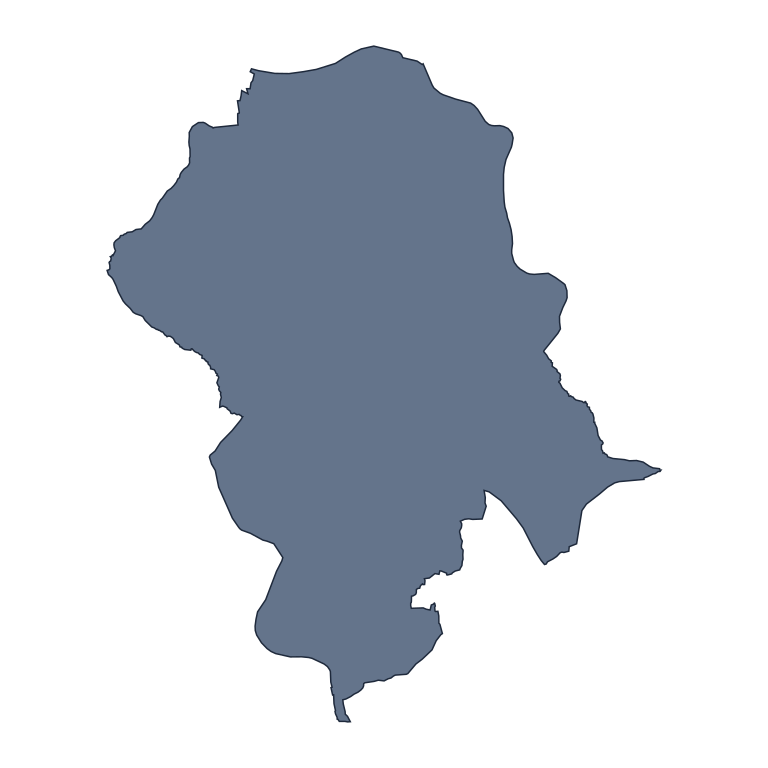 Phra Thong Kham, Nakhon Ratchasima, Thailand (Natural Earth projection)
{"feature_id": "78962969B71557232877153", "entity_name": "Phra Thong Kham", "entity_type": "district", "adm_level": 2, "iso_a3": "THA", "parent_name": "Thailand", "parent_adm1": "Nakhon Ratchasima", "projection": "natural_earth1", "projection_center": [101.984, 15.343], "detail": "fine", "context": "isolated", "style": "filled", "palette": "slate", "viewbox_px": 768, "rotation_deg": 0, "n_neighbors": 0, "source": "geoboundaries", "source_scale": "gbopen_adm2", "svg_char_len": 6088}
<svg xmlns="http://www.w3.org/2000/svg" viewBox="0 0 768 768"><path d="M112.4,255.0L111.5,256.3L110.3,256.6L111.1,257.9L111.1,258.9L110.6,261.1L109.6,261.6L109.1,262.5L109.8,265.3L109.9,268.8L108.9,269.8L107.1,270.4L108.5,274.6L111.8,277.6L113.1,279.4L116.3,286.2L118.3,291.8L123.2,301.1L125.5,303.9L130.2,308.4L133.2,312.3L135.7,313.8L141.0,315.6L142.9,316.7L145.2,320.5L151.8,327.0L154.3,327.9L156.4,329.4L157.7,329.4L158.2,330.1L159.8,330.5L161.5,331.8L162.7,331.9L165.0,335.0L166.0,335.5L167.0,336.7L168.3,336.1L170.2,336.3L171.7,337.2L173.4,338.6L175.4,342.5L179.3,344.9L180.0,346.9L181.7,347.2L182.1,348.1L184.7,349.5L190.8,350.2L191.3,348.8L192.1,348.8L194.5,351.4L196.5,352.5L198.2,352.9L199.6,354.4L202.1,355.4L201.9,358.1L204.3,358.9L205.7,360.9L206.3,360.9L206.8,361.7L208.0,362.1L207.9,362.9L208.5,364.5L209.8,365.3L210.6,367.3L210.6,368.8L214.2,369.7L215.4,371.5L215.9,373.1L217.4,374.1L216.8,375.5L217.9,375.8L218.6,376.9L218.7,377.6L216.9,382.8L218.3,385.8L219.3,386.9L218.7,389.1L219.3,390.7L220.8,392.4L220.5,394.2L221.3,397.5L220.1,401.5L219.7,407.3L222.4,406.1L223.6,406.3L226.9,407.8L227.1,408.7L230.1,411.1L231.0,413.3L232.4,413.7L234.3,413.1L236.9,414.7L239.2,414.4L240.3,415.4L241.0,415.5L241.7,416.5L242.7,416.7L240.7,420.0L232.1,430.6L220.6,442.4L215.1,451.0L210.2,455.1L209.4,457.0L211.6,464.1L215.3,470.4L218.7,487.2L232.4,518.2L238.2,526.6L239.7,528.6L241.6,530.1L250.4,533.3L262.9,540.1L266.8,541.1L273.8,543.7L282.8,557.5L281.9,560.8L276.5,571.3L265.7,599.7L257.6,611.8L256.0,619.3L255.1,626.1L255.3,630.6L256.7,635.1L261.5,642.8L267.1,648.6L271.1,651.5L275.7,653.6L290.3,656.9L301.6,656.8L308.7,657.5L312.0,658.3L324.1,664.0L327.5,666.6L329.8,670.0L330.4,671.6L330.8,682.1L332.1,687.2L331.0,687.6L332.6,695.0L333.6,694.8L334.0,703.7L335.5,710.7L335.0,711.3L335.5,713.8L337.1,717.3L337.2,719.2L337.9,719.3L339.3,721.4L345.0,721.4L347.7,721.9L350.3,721.7L347.5,716.3L345.3,714.2L345.1,711.5L343.3,704.1L342.8,699.8L345.9,699.0L350.6,696.6L354.1,694.1L358.0,692.2L360.9,690.0L362.8,687.9L363.6,685.9L363.7,683.6L364.7,682.8L374.1,681.4L378.3,680.2L384.1,680.9L388.1,678.8L391.0,678.0L393.5,676.0L395.3,675.1L406.2,674.3L407.8,673.6L415.9,664.0L422.3,659.1L432.0,649.9L436.2,640.7L440.8,634.7L442.4,633.6L439.9,624.3L438.9,623.2L438.8,616.0L437.9,611.3L435.5,611.5L435.0,611.0L434.7,607.3L435.3,606.0L434.7,603.4L434.3,603.1L433.5,604.1L431.3,605.0L430.1,610.0L426.2,609.2L423.2,607.9L411.3,608.3L410.7,605.7L410.7,603.1L411.2,602.6L411.4,601.3L411.5,596.2L413.0,595.9L415.6,594.4L416.3,592.8L416.4,589.5L417.7,588.5L419.7,588.2L420.3,586.1L421.4,584.7L422.6,583.9L423.0,584.6L424.6,584.5L425.0,580.8L424.4,578.7L429.4,578.0L434.9,573.6L439.0,574.3L439.8,570.9L441.2,571.0L446.6,573.2L446.7,574.8L447.5,575.0L451.7,573.9L452.4,572.8L455.3,571.0L459.7,569.9L460.2,568.5L461.9,565.6L462.3,561.5L463.0,559.2L462.8,554.8L463.1,550.8L463.0,550.0L461.5,548.0L461.4,545.5L462.3,541.1L460.7,538.0L460.5,535.6L459.6,532.2L459.7,530.7L461.3,527.8L461.7,525.5L461.7,523.7L460.3,521.2L464.6,519.3L468.8,518.8L472.6,519.4L482.2,519.0L486.2,506.2L485.0,502.9L485.3,497.7L484.1,490.4L489.2,491.9L501.2,500.8L516.5,518.8L523.2,528.0L532.8,546.7L537.3,554.5L541.2,560.5L544.5,564.5L546.2,564.0L547.5,561.8L552.9,559.0L556.7,556.4L560.2,552.7L561.9,552.1L563.9,552.5L568.8,551.2L569.2,546.7L576.6,543.8L581.9,510.6L586.4,504.1L599.6,493.9L607.6,487.1L614.6,482.9L619.3,481.6L644.0,479.4L643.9,478.3L644.6,477.7L648.0,476.5L652.9,474.0L655.4,473.5L658.0,471.6L660.1,471.4L660.9,470.2L660.1,470.3L659.6,468.7L653.0,467.9L649.5,466.3L643.2,462.1L636.5,460.5L629.4,460.8L624.4,459.6L612.9,458.5L607.6,456.8L607.3,455.5L606.6,454.5L605.2,454.1L604.2,452.8L603.1,453.2L602.6,451.0L601.5,449.5L601.4,446.7L601.5,444.8L602.7,444.0L603.1,442.9L601.9,440.8L600.5,440.1L598.1,435.5L596.9,427.9L594.7,423.2L594.8,422.3L593.8,422.2L593.9,418.0L592.9,413.9L592.1,412.7L591.2,412.4L590.6,410.5L589.5,409.4L589.4,407.3L587.5,406.7L587.0,405.4L587.3,404.1L586.1,403.1L586.0,402.2L585.3,401.5L585.0,401.6L584.7,402.6L583.6,402.6L582.3,401.5L576.0,400.0L573.9,398.4L573.4,397.3L571.0,396.4L570.7,395.8L569.3,396.3L568.7,396.0L568.7,394.1L567.7,393.6L566.9,391.4L565.1,390.6L562.2,387.8L560.0,383.3L558.8,382.3L558.9,381.3L560.0,380.9L560.7,379.2L560.0,378.3L560.4,375.5L559.9,373.8L557.1,371.6L557.1,370.3L556.6,369.4L552.2,366.3L552.4,362.8L551.2,362.4L551.3,360.9L548.6,358.7L546.7,355.2L543.7,351.6L543.9,350.7L557.9,333.3L560.4,328.9L559.6,322.4L559.5,316.3L562.8,307.6L566.0,301.0L567.1,297.7L566.9,290.7L565.0,284.7L563.9,283.7L555.8,277.8L548.2,273.3L534.2,274.4L529.7,274.0L526.8,273.1L520.1,269.1L517.2,266.4L514.3,262.5L513.5,260.3L511.7,253.4L511.7,249.9L512.5,243.6L512.1,236.4L511.1,229.7L509.4,223.2L507.5,217.8L506.7,213.2L504.9,207.1L504.2,201.6L503.5,190.4L503.5,174.5L504.2,167.4L506.0,159.5L511.4,147.2L512.1,144.3L513.1,138.0L511.8,132.9L508.0,128.5L503.7,126.5L499.8,125.6L494.5,125.8L491.6,125.5L488.8,124.5L485.2,121.3L477.6,109.3L474.1,105.5L470.7,103.1L455.6,99.1L443.2,94.8L440.1,93.2L433.9,88.0L432.2,85.1L423.1,63.8L422.2,64.5L417.1,61.1L402.8,57.7L401.4,54.5L399.9,52.9L398.5,52.1L373.8,46.1L361.3,48.9L354.4,52.1L345.5,57.0L335.5,63.4L316.3,69.4L303.2,71.7L289.1,73.6L274.8,73.4L258.6,70.7L251.5,68.8L250.2,71.7L254.3,74.0L252.7,80.6L251.0,82.8L250.1,88.7L246.6,88.7L248.0,93.8L241.7,90.6L241.1,95.7L240.0,100.6L237.5,100.8L239.3,112.7L239.1,113.2L238.0,113.4L237.7,113.8L237.7,122.1L238.1,125.0L214.6,127.4L213.1,128.0L212.8,127.4L209.2,125.9L205.3,123.2L203.3,122.4L198.4,122.6L192.4,126.6L189.2,132.5L189.3,136.3L188.9,142.1L189.2,145.6L190.0,148.9L190.1,156.6L189.5,158.0L189.6,162.9L188.5,165.2L187.2,166.8L184.0,169.1L181.3,172.4L180.2,174.4L179.5,177.6L177.9,178.9L176.4,182.2L173.7,185.7L171.1,188.4L167.3,191.0L162.3,198.2L160.4,200.1L157.8,204.3L153.7,214.7L152.1,217.6L149.7,220.8L145.2,224.3L141.2,228.9L136.0,229.5L132.2,231.8L127.2,232.4L126.2,233.5L124.2,234.2L123.1,235.3L120.7,235.6L120.1,236.4L119.8,237.6L115.7,240.7L114.1,242.8L113.9,244.9L114.3,247.6L115.5,250.8L113.0,255.5L112.4,255.0Z" fill="#64748b" stroke="#1e293b" stroke-width="1.5"/></svg>